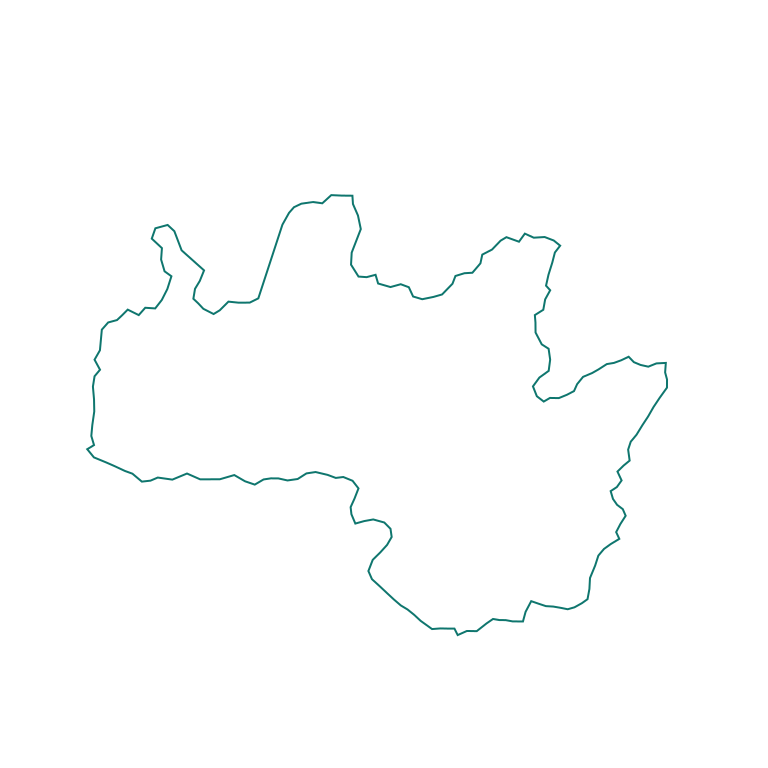 the district of Sapucaí-Mirim, Minas Gerais, Brazil, rotated 205°
{"feature_id": "56859067B63918846454231", "entity_name": "Sapucaí-Mirim", "entity_type": "district", "adm_level": 2, "iso_a3": "BRA", "parent_name": "Brazil", "parent_adm1": "Minas Gerais", "projection": "natural_earth1", "projection_center": [-45.854, -22.796], "detail": "fine", "context": "isolated", "style": "outline", "palette": "teal", "viewbox_px": 768, "rotation_deg": 205, "n_neighbors": 0, "source": "geoboundaries", "source_scale": "gbopen_adm2", "svg_char_len": 2794}
<svg xmlns="http://www.w3.org/2000/svg" viewBox="0 0 768 768"><g transform="rotate(205 384 384)"><path d="M137.5,522.2L145.8,517.8L151.8,511.4L159.5,509.7L166.8,509.4L173.8,512.1L179.1,505.7L184.5,500.3L190.5,496.2L195.8,487.8L200.0,481.9L206.6,474.6L208.9,465.5L208.8,457.9L213.6,451.6L219.6,445.1L227.7,441.5L231.8,435.6L240.3,437.5L248.0,444.8L245.9,455.5L240.3,465.5L243.7,476.3L249.7,485.5L257.8,486.6L268.4,494.7L272.7,503.7L276.4,510.2L271.0,518.6L273.7,528.8L273.0,539.2L278.7,541.6L281.1,552.5L282.8,565.2L284.7,575.4L282.8,583.8L290.8,585.8L300.5,585.1L310.1,579.9L319.9,579.8L321.8,570.0L335.1,568.8L338.9,563.2L342.9,551.5L349.6,542.8L347.6,534.1L350.9,522.2L357.9,518.4L364.9,512.1L364.3,503.8L369.2,489.7L376.0,483.8L385.2,477.0L394.6,475.6L402.4,482.2L411.0,481.5L419.1,474.6L431.8,472.6L437.8,479.4L444.9,473.5L452.5,470.6L464.3,478.2L468.8,489.4L470.5,514.6L478.8,525.7L488.2,534.0L492.2,541.3L501.9,536.9L511.6,532.9L516.3,521.7L525.3,518.9L535.1,512.5L540.3,506.2L542.4,499.0L543.4,485.5L534.1,408.5L540.1,401.0L550.3,396.2L559.8,392.9L564.0,381.4L568.0,375.4L579.5,375.8L586.5,378.6L592.8,380.7L595.5,390.4L594.5,399.6L595.1,410.9L623.9,419.6L638.6,433.9L647.3,436.7L657.0,428.5L655.9,417.6L642.7,413.3L638.6,402.6L630.5,393.4L622.2,391.8L620.5,378.5L620.9,366.2L623.3,355.8L632.6,352.2L635.4,342.8L647.7,343.1L650.4,335.6L653.0,329.1L660.0,323.2L662.7,314.0L655.7,294.5L656.6,283.7L647.4,276.9L649.6,268.7L646.7,258.6L640.3,247.5L635.0,236.7L631.0,223.5L627.3,213.2L621.0,206.1L625.4,199.5L615.9,194.9L602.6,195.5L594.3,195.7L582.1,195.7L574.1,196.4L562.2,193.2L554.8,197.7L549.5,203.6L535.4,207.9L524.7,219.6L510.3,219.9L492.5,228.3L481.2,238.2L468.8,237.1L458.6,238.2L452.8,246.6L446.6,250.7L439.8,253.8L430.7,255.8L422.1,261.4L416.5,270.2L408.8,275.3L396.7,277.8L388.0,278.5L381.6,282.5L371.6,283.0L363.0,278.6L362.3,267.7L362.2,258.3L358.5,252.2L351.0,245.4L344.0,251.4L336.5,256.7L325.2,258.6L316.9,255.5L312.4,248.6L313.2,239.5L316.2,229.8L319.9,219.9L319.1,207.9L312.4,202.0L302.1,198.8L292.1,195.5L284.0,192.9L275.1,190.4L267.4,189.6L259.3,187.6L250.6,184.8L244.2,183.6L236.9,182.2L229.6,186.3L222.8,189.3L216.8,192.1L211.1,187.6L204.5,195.2L195.5,199.2L189.9,210.3L185.9,217.1L179.7,218.8L174.0,221.4L167.1,223.2L157.7,227.5L159.4,237.4L158.8,249.4L151.1,250.2L143.4,251.1L136.6,253.8L129.3,255.8L122.3,257.5L117.0,262.1L112.0,269.0L108.6,275.0L111.2,285.0L115.3,295.2L115.9,308.7L117.2,319.1L114.9,327.5L110.9,334.7L105.3,343.1L111.0,347.9L110.6,357.0L109.3,366.7L114.7,371.5L121.7,373.0L127.9,376.6L133.3,382.7L129.4,389.0L127.9,397.0L135.4,403.3L132.4,411.3L129.0,418.4L135.0,427.7L136.0,436.0L133.7,444.7L132.4,456.0L130.9,466.2L130.0,477.0L128.3,488.1L126.0,500.3L129.4,507.7L134.1,513.3L137.5,522.2Z" fill="none" stroke="#0f766e" stroke-width="2"/></g></svg>